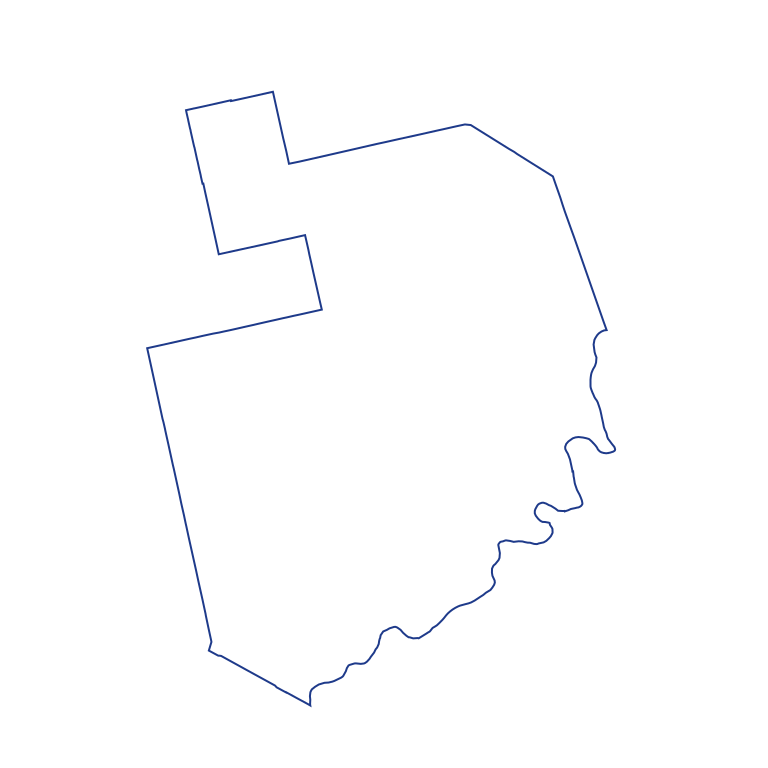 Norwood Payneham and St Peters, South Australia, Australia (orthographic projection), rotated 171°
{"feature_id": "25037944B5908676794620", "entity_name": "Norwood Payneham and St Peters", "entity_type": "district", "adm_level": 2, "iso_a3": "AUS", "parent_name": "Australia", "parent_adm1": "South Australia", "projection": "orthographic", "projection_center": [138.63, -34.908], "detail": "fine", "context": "isolated", "style": "outline", "palette": "blue", "viewbox_px": 768, "rotation_deg": 171, "n_neighbors": 0, "source": "geoboundaries", "source_scale": "gbopen_adm2", "svg_char_len": 6077}
<svg xmlns="http://www.w3.org/2000/svg" viewBox="0 0 768 768"><g transform="rotate(171 384 384)"><path d="M263.5,627.7L272.5,627.2L286.5,626.3L291.8,626.0L308.8,624.9L330.8,623.6L344.9,622.7L354.0,622.2L362.7,621.6L377.1,620.6L399.2,619.1L432.4,616.9L443.4,616.4L444.1,629.4L444.9,640.0L445.1,642.3L448.0,690.0L476.7,688.2L490.1,687.4L490.9,687.4L490.9,688.2L503.3,687.4L519.0,686.4L527.8,685.9L528.9,685.9L530.0,685.8L536.7,685.4L536.6,682.8L536.2,676.9L536.1,675.9L536.1,674.8L535.6,666.7L535.4,665.2L535.4,663.7L534.6,651.2L534.4,648.4L534.3,647.7L534.2,647.1L533.5,634.8L533.3,632.9L532.9,625.5L532.7,623.0L532.4,618.8L532.4,617.6L532.0,611.3L531.9,610.2L531.1,610.2L530.6,600.9L529.7,586.3L529.0,574.2L528.0,557.2L527.8,554.0L526.9,538.0L504.4,539.3L483.7,540.5L466.8,541.5L465.2,541.8L453.6,542.4L438.7,543.4L438.6,542.1L438.1,534.8L437.7,528.8L437.5,523.8L436.9,514.8L436.3,504.7L435.5,492.6L434.3,474.2L433.8,467.2L446.7,466.4L451.3,466.1L458.1,465.7L462.2,465.5L469.5,465.0L473.5,464.8L480.9,464.3L485.8,464.0L491.9,463.6L499.4,463.1L503.3,462.8L511.4,462.3L523.4,461.5L528.3,461.2L534.2,460.9L538.8,460.6L544.8,460.5L555.5,459.9L562.7,459.4L568.6,459.1L598.8,457.2L612.3,456.4L610.5,425.4L608.2,384.4L607.8,380.8L607.3,373.4L607.3,372.5L606.9,365.8L606.4,357.9L605.2,337.1L604.9,333.4L603.4,307.7L602.9,297.4L602.1,285.5L601.7,277.3L601.5,274.4L600.9,263.4L600.4,255.3L598.8,229.7L598.2,218.4L597.0,199.3L596.6,191.9L596.2,184.9L596.2,183.2L595.5,169.4L594.8,157.1L594.8,156.2L598.7,148.1L590.2,141.6L589.0,141.4L587.4,140.9L578.4,133.9L568.6,126.3L565.8,124.1L557.8,117.9L549.9,111.8L538.8,103.2L537.5,101.2L528.9,94.6L528.8,94.8L519.1,87.3L509.3,79.8L507.1,78.0L507.1,79.3L506.2,83.7L506.0,87.3L504.9,91.1L504.0,92.5L503.0,93.7L499.5,95.7L495.4,97.4L489.5,98.2L485.5,97.8L481.6,98.1L479.5,98.5L472.2,100.7L470.6,101.5L469.8,102.2L466.6,106.3L465.1,109.2L463.1,111.5L462.1,111.9L456.9,112.6L455.6,112.5L450.7,111.2L447.5,111.1L446.3,111.4L444.3,112.4L441.3,114.8L439.7,116.6L435.8,120.3L433.8,123.2L432.0,124.8L429.9,128.0L429.0,130.9L428.2,132.8L427.5,133.8L427.3,134.5L426.6,136.4L423.5,139.7L419.6,140.7L416.8,141.8L412.0,142.5L410.5,142.3L409.0,141.4L406.1,138.6L404.1,135.3L401.3,131.9L401.0,131.6L399.3,130.0L398.3,129.8L395.0,128.2L390.5,127.8L389.5,127.4L380.4,131.2L380.3,131.3L379.1,131.8L377.7,132.3L376.9,132.9L375.0,134.7L374.1,135.5L372.8,136.0L371.3,136.6L369.5,137.4L366.7,139.3L363.2,141.9L361.4,143.4L358.7,145.9L356.7,147.5L354.2,149.1L351.6,150.5L348.5,151.8L345.7,152.7L343.6,153.2L340.9,153.5L338.1,153.8L334.9,154.1L332.2,154.6L328.4,155.9L324.2,157.8L322.7,158.5L319.0,160.1L316.0,161.9L311.1,163.9L308.9,165.9L306.6,168.5L305.6,170.5L305.5,172.6L306.9,177.6L306.9,180.8L306.2,184.7L304.6,187.1L303.7,187.9L302.3,188.7L298.4,192.2L297.1,194.2L296.0,198.9L296.3,207.2L295.8,208.1L294.2,209.6L293.4,209.9L291.0,210.0L289.2,210.4L288.0,210.5L284.1,209.3L280.6,207.8L275.6,207.6L271.8,206.8L269.6,205.8L266.8,204.8L264.6,204.4L260.8,202.6L258.4,202.0L257.3,202.0L256.4,202.3L251.1,202.6L248.2,203.7L245.0,205.9L243.0,207.6L241.0,210.3L240.7,211.1L240.3,214.5L240.7,215.9L242.1,218.9L242.2,220.8L243.0,221.3L246.5,222.5L249.0,223.0L250.2,223.8L251.3,224.8L252.9,226.9L254.7,230.2L255.3,232.7L254.9,235.1L254.1,236.7L251.8,239.7L250.7,240.8L249.3,241.5L247.3,241.9L246.5,242.0L245.1,241.8L242.5,240.5L240.1,238.6L238.1,237.5L234.1,234.0L231.9,231.6L229.3,231.0L226.9,230.5L225.5,230.4L225.4,229.9L221.8,230.5L219.0,231.3L217.2,231.4L214.7,231.5L212.9,231.7L211.1,231.7L209.3,232.3L208.2,232.9L207.4,233.7L206.8,234.5L206.7,235.9L206.8,238.1L207.4,241.0L208.2,244.2L209.1,246.7L210.0,249.4L210.5,252.4L210.9,254.6L211.1,256.3L211.1,258.7L211.1,261.9L211.2,262.7L211.0,266.0L210.9,268.1L211.6,268.1L211.5,269.5L212.1,280.5L213.3,286.3L214.5,289.3L215.1,291.4L214.9,293.6L213.4,296.3L210.9,298.4L206.1,300.8L203.3,301.3L200.2,301.2L195.8,300.0L192.7,298.8L190.6,297.8L190.1,297.5L189.9,297.3L189.3,296.6L188.9,296.1L188.7,295.8L188.6,295.7L188.3,295.4L188.1,295.1L187.9,294.9L187.7,294.6L187.5,294.3L187.3,294.0L187.2,293.8L187.0,293.6L186.9,293.3L186.6,293.1L186.5,292.8L185.9,292.0L185.8,291.9L185.7,291.7L185.5,291.3L185.2,290.9L185.1,290.7L184.7,290.1L184.6,289.9L184.5,289.6L184.3,289.3L184.1,289.0L183.6,287.9L183.4,287.4L183.2,286.6L183.1,286.4L182.9,285.8L182.7,285.5L182.5,285.2L182.2,284.8L181.9,284.4L181.8,284.2L181.7,284.0L181.1,283.4L180.9,283.3L180.1,282.6L179.5,282.3L179.3,282.2L179.0,282.1L178.8,282.0L178.6,281.9L177.8,281.5L177.3,281.4L177.0,281.3L176.1,281.0L175.1,280.8L174.0,280.8L173.6,280.7L173.3,280.7L173.1,280.8L172.5,280.8L172.2,280.8L171.6,280.8L171.3,280.9L170.9,280.9L169.8,281.1L169.1,281.2L168.3,281.3L167.9,281.5L167.3,281.7L167.1,281.8L166.9,281.9L166.7,282.0L166.3,282.4L166.2,282.6L166.0,283.1L166.0,283.3L166.0,283.8L166.1,284.8L166.2,285.0L166.2,285.3L166.4,285.7L166.4,286.0L166.5,286.1L166.6,286.4L167.1,287.1L167.2,287.3L167.4,287.7L167.6,288.0L168.0,288.7L168.5,289.6L169.8,292.1L170.0,292.5L170.4,293.2L170.7,293.8L171.2,294.6L171.3,294.8L171.4,295.1L171.5,295.9L171.7,296.6L171.8,297.1L171.8,297.6L171.8,297.9L171.9,299.1L171.9,299.7L172.0,300.1L172.1,300.9L172.4,302.1L172.5,302.6L172.8,303.4L173.0,303.9L173.1,304.3L173.6,307.1L173.7,311.0L174.0,316.0L174.1,317.8L174.1,318.5L174.4,323.7L174.6,325.5L174.9,327.3L175.2,329.1L175.5,330.7L175.6,331.2L175.6,331.6L175.8,332.4L176.1,333.4L176.5,334.5L177.1,335.7L177.3,336.0L177.9,337.4L178.2,338.2L178.7,340.2L179.1,341.8L179.3,342.3L180.0,345.5L180.3,347.2L180.4,348.0L180.4,348.5L180.4,349.2L180.3,350.0L180.2,350.6L180.0,351.9L179.6,354.5L179.4,355.8L178.8,358.2L178.5,359.2L178.1,360.5L177.6,361.8L177.3,362.5L176.6,363.7L175.2,365.9L172.9,368.7L172.3,369.8L171.2,372.0L170.0,377.0L170.7,380.2L171.0,382.6L170.8,390.2L169.8,393.1L169.3,394.6L168.1,396.3L165.8,398.9L163.9,400.4L161.0,401.8L158.2,402.5L155.7,402.4L155.9,403.5L157.3,410.8L173.2,498.7L175.3,509.6L178.4,526.0L179.6,533.2L180.7,540.5L182.0,547.6L183.3,554.7L184.7,562.6L216.6,590.4L219.0,592.8L223.7,596.6L257.8,626.2L263.5,627.7Z" fill="none" stroke="#1e3a8a" stroke-width="2"/></g></svg>